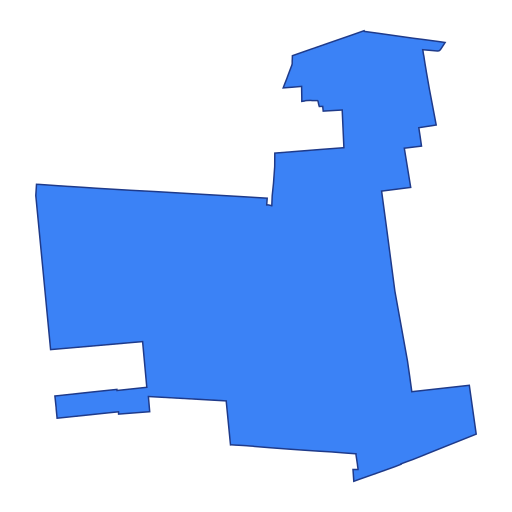 the district of Gura Ialomitei, Ialomita, Romania
{"feature_id": "2599482B23433175195747", "entity_name": "Gura Ialomitei", "entity_type": "district", "adm_level": 2, "iso_a3": "ROU", "parent_name": "Romania", "parent_adm1": "Ialomita", "projection": "natural_earth1", "projection_center": [27.728, 44.753], "detail": "fine", "context": "isolated", "style": "filled", "palette": "blue", "viewbox_px": 512, "rotation_deg": 0, "n_neighbors": 0, "source": "geoboundaries", "source_scale": "gbopen_adm2", "svg_char_len": 2128}
<svg xmlns="http://www.w3.org/2000/svg" viewBox="0 0 512 512"><path d="M401.0,464.3L400.9,463.9L407.0,461.6L413.1,459.4L444.7,446.7L476.2,434.1L469.3,385.3L411.8,391.7L409.7,376.4L407.5,361.1L394.9,291.3L386.4,226.7L381.6,191.1L410.7,187.4L407.5,167.8L404.3,148.2L421.5,146.1L420.2,136.9L418.8,127.7L436.2,125.0L430.6,95.5L429.4,89.2L426.2,71.0L426.2,70.8L425.0,63.7L424.3,59.2L423.9,56.4L423.5,54.5L423.2,52.6L423.0,51.1L422.7,49.7L437.5,51.0L438.3,50.9L439.0,50.8L439.7,50.3L440.3,49.8L441.2,48.5L445.1,42.5L439.1,41.6L433.1,40.8L423.4,39.5L418.5,38.9L413.7,38.3L392.5,35.3L378.4,33.3L364.3,31.4L364.1,30.7L351.6,35.1L328.2,43.2L308.1,50.2L296.1,54.4L292.4,55.7L292.3,59.3L292.2,60.9L292.2,63.8L291.8,65.3L290.8,67.9L289.1,72.4L287.6,76.4L286.9,78.4L286.1,80.4L284.6,84.2L283.2,87.9L292.4,87.2L301.6,86.4L301.7,92.2L301.8,97.9L301.8,101.4L304.5,101.0L305.7,100.6L310.4,100.4L311.4,100.5L312.4,100.6L317.5,100.6L318.0,101.1L318.8,104.9L319.3,106.5L322.7,106.4L323.2,111.1L342.2,110.0L343.9,147.7L320.0,149.5L274.8,153.1L274.7,166.6L274.1,174.9L273.5,183.2L273.2,186.1L272.2,195.7L272.0,200.7L271.8,205.7L271.4,205.7L270.8,205.5L270.2,205.3L269.5,205.2L268.8,205.0L268.1,204.9L267.4,204.9L266.7,204.9L267.2,198.2L241.3,196.6L188.0,193.5L154.1,191.5L130.9,190.3L95.7,188.2L84.2,187.4L76.3,186.9L70.2,186.5L68.0,186.4L60.9,185.9L60.3,185.9L47.8,185.0L39.2,184.4L36.5,184.3L35.8,195.6L43.3,273.4L46.9,311.0L50.6,349.6L126.4,343.0L133.3,342.4L142.6,341.6L146.8,387.3L117.0,390.5L116.9,389.4L91.1,392.1L54.9,396.0L56.0,406.5L56.1,407.0L56.2,409.0L56.7,414.1L57.1,418.2L109.7,412.7L118.5,411.8L118.6,414.1L128.8,413.3L149.7,411.7L148.4,396.5L226.2,400.9L230.5,444.9L231.5,444.8L235.6,445.1L239.8,445.3L243.2,445.5L246.5,445.7L249.9,446.0L253.3,446.2L253.9,446.4L263.7,447.2L269.8,447.7L288.5,449.1L307.2,450.4L319.3,451.2L331.4,451.9L343.7,452.9L356.0,453.8L356.0,454.8L356.7,459.5L357.4,464.2L357.6,466.1L357.9,467.9L358.0,468.7L358.0,469.5L355.5,469.5L353.0,469.5L353.4,475.4L353.8,481.3L359.3,479.3L364.7,477.4L376.6,473.2L388.4,469.0L395.1,466.6L400.7,464.4L401.0,464.3Z" fill="#3b82f6" stroke="#1e3a8a" stroke-width="1.5"/></svg>